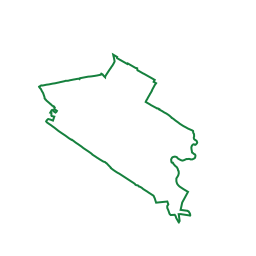 outline of Plesoiu, Olt, Romania, rotated 30°
{"feature_id": "2599482B90563083488739", "entity_name": "Plesoiu", "entity_type": "district", "adm_level": 2, "iso_a3": "ROU", "parent_name": "Romania", "parent_adm1": "Olt", "projection": "equal_earth", "projection_center": [24.24, 44.477], "detail": "fine", "context": "isolated", "style": "outline", "palette": "green", "viewbox_px": 256, "rotation_deg": 30, "n_neighbors": 0, "source": "geoboundaries", "source_scale": "gbopen_adm2", "svg_char_len": 5670}
<svg xmlns="http://www.w3.org/2000/svg" viewBox="0 0 256 256"><g transform="rotate(30 128 128)"><path d="M225.6,172.8L225.6,172.6L225.4,172.4L225.3,172.1L225.0,171.9L224.8,171.6L224.7,171.4L223.7,170.7L223.0,170.4L222.5,170.1L222.3,170.0L222.0,169.9L221.6,170.0L221.3,170.1L220.7,170.0L220.4,170.2L214.5,172.6L212.2,165.4L211.9,153.3L206.6,153.2L203.3,153.0L201.8,152.9L200.0,152.4L198.6,151.8L197.6,151.0L196.5,149.9L195.1,147.5L195.2,145.4L195.2,144.0L194.7,142.0L194.0,140.9L193.4,140.0L192.7,139.8L191.6,138.6L190.0,137.6L189.1,137.4L188.1,137.3L185.4,136.4L184.6,135.8L184.1,135.6L183.8,135.7L183.6,136.0L183.3,136.0L183.0,136.0L182.4,135.5L181.6,134.4L181.1,133.7L181.0,132.9L181.0,131.6L181.2,131.1L181.6,130.5L182.8,129.4L183.6,129.1L184.5,128.9L185.1,128.9L185.6,129.2L187.0,129.5L189.7,129.4L191.3,129.1L192.0,128.5L192.7,127.7L193.1,127.1L193.4,126.7L193.8,126.1L194.2,125.6L195.0,125.2L196.2,124.3L197.1,123.9L197.7,124.0L198.4,123.6L199.4,123.0L200.1,122.0L200.6,121.2L200.9,120.4L200.7,119.3L200.1,118.0L199.2,117.4L198.1,117.5L197.8,117.5L196.9,117.2L196.3,117.3L196.1,117.3L195.8,117.2L195.7,117.1L195.4,116.9L195.2,116.5L193.4,114.4L192.5,113.0L192.4,112.6L192.2,111.3L192.4,110.4L192.7,109.6L193.1,109.2L193.5,109.1L194.0,109.1L194.5,109.1L194.7,108.9L194.8,108.6L195.1,108.1L195.2,107.3L195.3,106.8L195.3,106.5L195.2,106.0L194.9,105.7L194.1,105.0L193.4,104.8L192.9,104.8L192.4,104.7L192.0,104.7L191.8,104.8L191.0,104.6L190.6,104.4L190.1,103.9L189.7,103.3L189.6,102.7L189.5,102.3L188.6,100.8L188.0,100.1L187.6,100.0L186.9,99.5L186.4,98.9L186.0,98.2L185.8,98.0L185.2,98.0L184.6,98.0L180.2,98.5L177.8,98.5L175.4,98.6L174.5,98.6L170.3,98.4L169.5,98.2L165.3,97.8L162.8,97.4L161.4,97.3L160.9,97.4L160.8,97.2L157.7,96.6L156.3,96.4L155.4,96.4L154.6,96.3L153.8,96.3L151.8,96.4L151.6,96.4L150.9,96.4L149.7,96.3L149.3,96.3L148.8,96.3L145.6,96.4L145.6,96.0L145.1,96.0L144.2,96.1L143.8,96.2L143.5,96.3L143.1,96.6L142.7,96.5L139.5,96.6L136.1,96.7L135.4,96.6L132.3,96.6L130.3,96.6L130.2,96.0L130.1,94.4L130.2,93.6L130.1,92.0L130.1,89.9L130.1,89.1L130.1,87.8L130.0,87.3L130.1,86.9L130.1,85.9L130.1,83.8L130.0,83.6L129.9,83.5L129.9,82.6L129.8,81.4L129.8,81.1L129.8,80.6L129.8,79.9L129.7,77.5L129.8,76.5L129.8,75.5L129.9,75.4L130.0,75.3L130.0,75.2L129.5,75.2L129.3,75.1L127.1,75.2L127.0,74.3L127.1,73.3L127.1,73.0L123.0,73.0L114.7,73.1L114.4,73.1L114.2,73.2L112.1,73.2L110.9,73.2L108.8,73.2L108.1,73.2L107.9,73.3L107.5,73.3L107.2,73.2L106.5,72.3L106.3,72.1L106.1,71.7L105.7,71.7L104.7,72.2L95.5,72.2L95.5,72.9L83.7,73.0L83.5,72.8L83.2,72.6L83.0,72.3L83.0,72.1L83.0,71.9L78.5,71.9L79.5,73.0L80.6,74.1L81.3,74.9L82.5,76.3L83.0,76.8L83.2,77.5L83.2,78.2L83.3,79.1L83.3,79.9L83.3,80.2L83.3,81.8L83.1,83.1L83.1,84.2L82.9,86.2L82.8,87.8L82.6,91.4L82.6,91.6L82.5,93.2L82.5,93.7L82.5,94.3L82.5,94.8L82.6,95.1L82.8,95.5L81.9,95.3L81.2,95.1L80.1,94.7L79.2,94.3L78.8,94.3L79.0,94.5L77.8,94.8L77.6,94.9L77.5,95.2L77.5,95.4L77.6,95.6L76.2,96.9L75.6,97.4L75.2,97.8L72.9,99.7L70.6,101.5L69.1,102.6L68.0,103.3L61.5,108.9L61.1,109.5L61.6,109.6L61.6,109.9L60.7,109.9L60.5,110.1L59.4,110.9L58.6,111.6L57.8,112.3L56.7,113.2L55.0,114.7L53.7,115.8L53.2,116.3L53.0,116.6L51.8,117.5L50.5,118.2L49.6,119.2L48.2,120.5L46.3,122.2L45.4,123.1L43.7,124.6L42.9,125.4L42.7,125.5L42.3,125.9L40.6,127.2L37.7,129.8L35.7,131.3L33.3,133.5L33.0,133.7L32.8,133.9L32.7,133.9L32.5,134.1L32.2,134.3L31.9,134.3L31.2,135.0L31.1,135.3L31.0,135.7L30.7,136.1L30.5,136.6L30.4,136.7L30.5,136.8L30.9,137.1L31.3,137.2L31.7,137.4L32.2,137.5L32.8,137.8L33.1,137.8L34.8,139.0L37.0,140.2L39.9,142.7L40.5,143.3L40.9,144.0L41.8,144.4L42.2,144.4L42.5,144.7L43.0,144.7L43.6,145.0L47.9,145.8L49.0,146.1L49.3,146.0L50.8,146.5L53.1,146.4L53.1,146.8L54.4,147.0L54.7,148.6L56.9,148.6L57.9,148.7L57.9,149.9L57.5,150.9L55.1,150.7L53.3,150.3L53.0,150.8L53.0,153.6L54.2,153.3L54.7,154.2L55.2,155.2L55.3,155.4L55.5,155.5L55.9,155.8L56.8,155.5L58.5,155.0L58.6,155.5L58.6,155.9L58.9,156.9L59.1,158.2L59.3,159.1L56.3,159.6L55.3,159.9L54.7,160.0L54.4,160.2L54.2,160.5L53.8,162.1L53.8,162.8L53.8,163.2L54.3,163.4L54.8,163.7L55.6,163.7L56.2,163.8L57.2,163.9L60.3,164.1L61.6,164.3L63.9,164.5L69.2,165.3L73.1,165.6L77.7,165.9L82.1,166.4L84.8,166.5L84.8,166.3L85.1,166.2L86.0,166.3L88.0,166.5L88.4,166.6L90.2,166.8L91.3,166.9L92.0,166.9L94.3,167.1L95.3,167.2L96.8,167.3L99.3,167.7L100.8,167.8L105.5,168.1L108.8,168.4L110.2,168.7L110.3,168.8L111.5,168.9L113.6,169.0L113.9,169.0L116.3,169.2L117.8,169.2L118.5,169.3L123.3,169.4L123.5,169.4L123.9,169.3L124.3,169.2L124.9,169.0L125.2,169.0L126.1,169.2L126.6,169.3L127.0,169.2L127.3,169.3L128.3,169.6L128.6,169.7L132.1,170.7L133.1,171.0L133.2,171.3L134.9,171.5L135.2,171.5L135.6,171.6L137.9,171.8L139.2,171.9L140.0,171.9L141.2,172.0L142.7,171.9L145.3,172.0L156.3,172.6L158.0,172.7L160.3,172.8L161.1,172.9L161.3,172.9L161.7,172.9L162.7,173.4L162.9,173.4L163.6,173.4L164.9,172.9L165.3,172.8L165.7,172.8L165.9,172.8L166.4,173.1L166.5,173.2L166.8,173.2L167.5,173.0L168.0,172.9L168.7,172.9L169.7,172.9L170.3,173.0L171.3,173.2L171.9,173.3L172.6,173.3L174.6,173.4L175.2,173.4L175.7,173.4L178.1,173.6L184.0,173.9L185.8,175.2L186.3,175.5L188.0,177.1L189.7,178.6L198.8,172.0L199.3,172.4L199.5,172.6L200.3,173.3L200.6,173.5L201.1,174.0L201.1,174.9L201.0,175.5L201.0,175.9L201.1,176.1L201.4,176.7L201.6,177.0L202.0,177.5L202.2,177.8L202.3,177.9L203.3,178.5L205.0,179.9L205.8,180.6L206.8,181.5L207.2,181.7L207.5,181.8L207.8,181.8L208.5,182.0L211.3,180.2L211.8,179.8L212.7,180.2L213.3,180.5L214.0,181.1L214.3,181.4L215.0,182.0L217.2,183.2L218.6,184.1L219.2,184.3L219.2,182.7L215.6,178.0L215.0,177.3L216.8,176.2L224.9,173.0L225.1,172.9L225.5,172.9L225.6,172.8Z" fill="none" stroke="#15803d" stroke-width="2"/></g></svg>